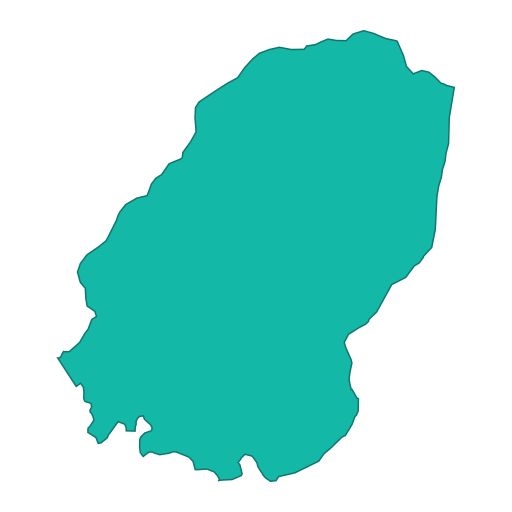 Awlad Saqr, Ash Sharqiyah, Egypt (Albers equal-area conic projection)
{"feature_id": "37247803B9128423140503", "entity_name": "Awlad Saqr", "entity_type": "district", "adm_level": 2, "iso_a3": "EGY", "parent_name": "Egypt", "parent_adm1": "Ash Sharqiyah", "projection": "albers", "projection_center": [31.765, 30.969], "detail": "fine", "context": "isolated", "style": "filled", "palette": "teal", "viewbox_px": 512, "rotation_deg": 0, "n_neighbors": 0, "source": "geoboundaries", "source_scale": "gbopen_adm2", "svg_char_len": 3415}
<svg xmlns="http://www.w3.org/2000/svg" viewBox="0 0 512 512"><path d="M397.1,41.1L394.9,40.5L393.7,40.2L386.4,38.7L385.3,38.4L373.5,33.4L370.6,32.6L363.7,30.7L354.7,33.5L352.9,34.2L348.5,38.4L346.1,40.7L336.5,40.5L330.6,39.5L328.0,39.1L327.4,39.3L320.6,42.1L315.7,44.5L314.9,44.7L309.3,45.6L306.8,45.9L304.2,49.3L292.3,49.5L291.2,49.5L279.3,47.3L269.6,49.5L259.4,53.3L252.4,59.2L251.6,60.1L249.9,62.0L244.8,67.5L243.7,69.1L237.6,77.8L237.0,78.1L228.0,83.0L225.4,84.6L222.4,86.5L215.9,90.7L215.1,91.2L199.1,101.9L196.7,105.8L195.5,107.7L195.0,118.5L195.2,119.5L196.1,131.9L195.2,133.6L191.2,140.7L190.8,141.4L187.8,145.7L184.5,150.2L182.8,152.5L182.8,153.2L182.3,157.6L180.9,158.9L176.0,160.9L175.3,161.2L169.2,163.7L166.6,167.4L163.4,172.0L162.4,173.4L161.6,174.6L155.9,178.2L151.5,183.9L147.2,195.6L140.7,197.2L136.7,198.2L125.7,204.6L122.3,208.9L121.3,210.2L120.0,211.8L117.8,216.1L116.6,220.0L107.8,237.7L106.2,240.4L105.8,241.0L103.5,242.9L98.4,247.0L90.9,252.1L90.3,252.5L86.9,254.9L80.4,263.5L77.5,272.1L80.3,282.3L82.6,285.1L85.3,288.2L85.9,299.0L87.2,306.1L94.8,311.3L96.5,316.5L93.8,318.2L92.9,318.7L91.8,319.5L90.4,323.1L88.2,329.1L86.9,330.8L84.2,334.4L83.8,335.3L81.8,338.7L79.6,342.5L69.2,351.7L64.6,351.7L63.5,351.5L61.6,354.8L61.1,356.8L58.7,358.0L57.7,358.0L76.2,386.4L78.0,385.1L80.6,383.3L83.3,387.0L84.0,391.9L83.8,398.5L84.6,401.0L86.2,401.9L89.4,402.8L91.0,403.6L91.7,406.9L90.0,410.2L90.0,411.8L91.6,413.5L93.1,416.8L93.9,420.2L89.7,426.6L88.0,428.2L88.0,429.3L87.9,432.4L91.9,434.9L95.9,437.5L97.5,441.6L98.2,443.3L100.4,443.0L101.0,442.9L107.3,437.8L108.2,435.3L118.2,421.6L124.7,424.2L126.2,427.6L126.2,430.8L135.1,431.1L135.2,427.0L136.1,424.5L136.1,421.2L137.8,418.0L139.5,416.4L143.5,415.9L144.3,419.0L145.9,420.6L150.7,424.9L151.9,427.4L152.2,428.2L151.4,430.7L144.8,433.0L143.2,434.6L140.7,437.0L139.8,439.4L139.7,443.5L139.6,446.8L140.3,452.6L143.2,456.5L146.8,453.6L149.3,452.0L150.9,452.0L152.5,452.1L154.1,453.0L159.8,454.7L163.9,454.0L168.8,453.3L172.9,451.8L176.1,451.9L189.0,457.1L190.6,458.8L191.2,459.5L193.0,461.3L193.7,463.8L195.2,469.6L196.8,469.7L205.8,469.1L207.4,469.1L211.5,470.9L213.9,471.7L217.0,475.1L218.6,477.6L219.4,479.3L218.8,480.5L221.6,480.1L232.2,479.5L241.2,475.6L242.1,474.0L239.9,464.9L238.1,462.5L239.3,460.9L240.0,460.0L240.8,459.1L240.8,458.3L245.0,454.3L252.2,456.1L257.0,462.8L257.7,466.2L260.1,470.3L262.4,473.7L263.2,475.3L265.6,477.9L268.4,479.8L270.4,481.3L276.1,480.6L278.6,476.5L280.4,476.2L283.6,475.4L287.7,474.5L295.0,472.8L300.5,470.1L318.8,461.1L323.9,453.8L327.0,451.2L331.1,447.7L342.1,437.0L345.4,435.4L352.2,424.1L354.8,416.7L356.4,415.1L357.3,413.1L358.2,411.1L358.4,398.7L356.8,397.9L352.1,389.5L351.3,389.5L349.8,383.7L349.1,378.8L350.1,371.4L351.9,363.2L351.2,359.9L346.3,348.8L345.7,347.4L344.2,342.4L345.1,340.8L348.5,334.3L358.4,328.0L365.8,324.0L368.3,321.6L369.1,319.2L376.6,312.0L385.1,296.6L391.5,285.0L391.9,284.4L396.8,282.0L399.9,280.4L405.8,277.3L414.2,266.0L419.2,262.9L423.4,257.2L423.4,256.4L431.7,247.5L435.3,229.5L436.9,196.7L438.7,186.0L441.4,177.0L442.4,169.6L445.0,161.5L446.0,153.3L448.6,143.5L448.8,135.3L449.2,119.3L449.2,118.0L454.3,87.4L452.3,86.9L449.2,86.1L447.8,85.8L447.0,85.6L445.6,84.9L443.5,83.9L440.9,83.1L436.9,79.1L434.7,76.8L432.2,74.8L429.0,72.2L421.7,70.5L421.1,70.8L413.2,73.8L409.7,70.0L406.5,66.5L404.0,57.6L403.4,55.4L397.1,41.1Z" fill="#14b8a6" stroke="#0f766e" stroke-width="1.5"/></svg>